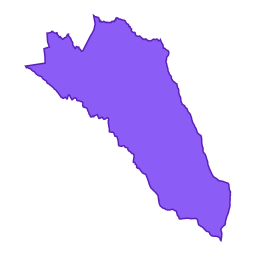 the district of Buhera, Manicaland, Zimbabwe
{"feature_id": "62879985B49874859197959", "entity_name": "Buhera", "entity_type": "district", "adm_level": 2, "iso_a3": "ZWE", "parent_name": "Zimbabwe", "parent_adm1": "Manicaland", "projection": "equal_earth", "projection_center": [31.813, -19.506], "detail": "fine", "context": "isolated", "style": "filled", "palette": "violet", "viewbox_px": 256, "rotation_deg": 0, "n_neighbors": 0, "source": "geoboundaries", "source_scale": "gbopen_adm2", "svg_char_len": 5688}
<svg xmlns="http://www.w3.org/2000/svg" viewBox="0 0 256 256"><path d="M221.0,240.6L221.6,236.8L221.8,233.7L221.7,232.5L221.0,230.5L221.0,228.9L221.5,228.0L223.2,226.2L224.8,225.0L225.4,223.7L225.3,222.2L226.0,219.3L226.3,218.6L226.8,216.4L227.2,215.7L228.5,212.1L228.5,212.3L228.9,210.0L229.7,207.3L230.0,204.9L229.9,202.0L230.2,199.0L230.0,197.5L230.1,196.5L230.4,195.4L230.4,194.1L230.2,193.1L230.5,192.4L230.5,191.8L229.5,190.1L229.0,187.1L228.9,184.8L228.4,183.6L227.8,183.1L225.1,182.3L223.0,181.4L218.4,180.6L218.1,179.8L217.4,179.5L216.7,178.7L214.2,177.2L213.2,176.3L211.9,174.1L209.6,169.0L209.2,168.3L208.6,166.3L208.1,165.3L207.8,163.8L207.7,161.8L206.7,159.1L206.4,157.7L205.8,156.3L205.7,155.5L204.6,153.6L203.6,152.6L203.1,151.8L203.0,148.1L202.2,145.7L201.8,143.6L201.6,138.2L201.0,135.7L198.1,133.6L197.3,132.5L196.8,131.1L196.4,129.6L195.7,127.9L195.0,127.1L194.3,125.2L192.8,122.7L191.6,118.8L191.5,117.6L190.7,115.7L190.6,115.0L190.1,114.0L188.2,111.8L187.7,110.9L187.2,109.0L186.5,108.2L185.4,107.6L184.6,105.7L182.2,104.3L181.9,103.2L181.3,102.2L180.9,100.7L180.6,97.4L179.1,94.5L178.7,91.7L178.8,90.8L178.5,89.5L178.4,88.7L178.0,88.5L177.6,87.8L176.8,83.9L175.7,83.3L174.4,82.0L173.5,81.7L172.7,80.4L171.7,79.3L171.1,76.2L169.3,74.2L169.2,73.2L168.1,71.1L167.9,69.1L167.6,67.7L167.1,66.5L166.6,63.6L166.1,62.6L165.8,61.8L166.3,60.5L166.6,58.7L166.5,57.9L166.7,57.2L168.4,55.2L168.7,53.6L168.8,52.5L168.9,52.3L168.0,50.6L166.9,50.2L165.8,49.4L164.7,48.2L163.4,48.3L162.9,44.7L161.5,42.5L160.4,39.7L160.2,40.1L158.6,40.9L158.4,40.8L157.6,39.3L157.1,39.1L156.1,39.2L155.5,39.7L154.5,39.3L153.3,39.2L151.2,40.7L150.7,40.8L149.7,40.9L148.0,40.7L145.9,38.9L145.6,38.9L145.1,39.6L144.0,39.0L143.6,39.0L143.0,39.4L142.6,38.7L139.7,36.0L139.0,36.4L138.7,36.4L136.8,36.0L136.1,35.6L135.5,34.7L135.1,32.8L134.9,32.5L132.8,32.2L131.8,31.5L131.3,30.7L131.6,29.1L130.4,28.0L130.0,26.6L129.6,26.3L128.9,26.5L128.7,26.1L128.5,24.6L127.8,24.0L126.7,23.7L125.0,20.7L124.1,20.2L121.9,19.9L120.4,19.1L119.0,19.1L117.9,18.1L116.9,17.7L116.2,18.4L115.8,18.4L115.8,19.8L115.1,20.0L114.4,20.5L114.6,21.3L114.4,21.5L113.2,21.5L112.6,21.3L111.8,21.4L110.8,22.7L110.3,22.4L109.2,22.6L108.1,22.3L106.9,22.6L106.6,22.2L106.3,22.2L106.1,22.6L105.9,22.6L105.6,22.1L104.6,22.0L103.8,21.3L102.2,22.1L101.6,22.1L101.2,21.9L100.9,21.2L100.3,21.7L99.5,21.5L99.4,21.3L99.9,20.6L99.8,19.8L99.2,19.5L98.9,18.0L98.1,17.4L97.8,17.2L96.6,17.2L95.9,16.7L94.6,16.8L94.1,15.7L93.6,15.4L95.2,24.0L93.9,29.8L92.2,33.2L90.6,35.7L83.0,50.4L82.5,51.0L81.6,51.3L81.2,51.0L80.4,49.4L79.5,49.2L79.1,48.6L79.0,47.5L78.8,47.1L78.4,47.0L77.8,47.2L77.3,47.1L76.8,46.6L76.3,46.5L76.1,46.9L76.0,47.7L75.5,48.5L75.1,48.5L73.7,46.3L73.0,45.5L72.7,44.3L72.8,43.1L72.5,42.2L71.6,40.8L70.6,38.3L68.6,35.9L68.5,35.0L68.5,34.1L67.6,34.4L67.5,35.0L67.0,35.3L66.6,36.5L65.8,37.4L64.4,37.8L63.4,39.1L62.5,39.3L61.9,38.4L61.2,38.1L60.9,37.4L60.6,37.1L60.3,36.6L59.9,36.6L59.9,37.3L59.4,37.3L58.1,35.2L57.4,34.8L57.2,34.4L57.2,33.2L56.9,32.7L56.3,32.9L56.0,33.2L55.2,33.2L53.9,32.6L52.5,31.4L52.0,31.3L51.7,31.5L51.5,32.2L51.1,32.4L50.3,32.4L49.3,32.9L47.0,33.1L47.6,41.9L49.4,47.0L44.0,48.7L45.0,57.1L45.0,59.7L45.2,63.1L25.5,66.1L26.0,66.8L26.3,67.7L26.8,67.8L28.1,67.5L29.0,68.5L30.5,68.6L31.3,69.7L32.7,70.9L34.5,71.8L36.0,73.8L37.5,75.0L38.7,75.7L40.7,76.3L41.7,76.8L42.7,78.5L43.4,79.2L46.4,81.1L47.0,82.6L47.5,83.4L48.7,83.8L50.0,85.0L51.0,85.5L51.4,86.1L53.6,87.9L54.4,89.2L55.5,89.6L57.4,92.1L58.4,93.1L58.6,93.6L60.4,96.1L60.8,96.9L61.1,97.2L61.8,97.3L62.6,98.2L63.3,98.3L65.7,97.2L66.1,97.9L66.7,98.8L67.0,99.0L67.2,98.9L67.4,98.7L67.6,97.3L68.3,95.5L68.6,95.0L68.9,94.9L69.7,95.5L70.3,97.0L71.9,99.7L72.3,99.7L74.6,97.8L75.0,97.8L75.5,98.0L76.6,98.7L76.7,99.1L76.7,99.7L76.8,100.3L77.1,100.6L78.0,100.8L79.0,100.7L79.6,100.9L80.5,101.5L82.1,101.8L82.9,102.8L82.7,105.3L83.1,106.7L83.9,107.2L84.3,107.3L84.7,107.1L85.1,107.5L86.7,108.0L87.4,109.1L87.5,110.0L88.7,112.5L89.2,114.3L89.8,114.9L90.4,116.4L90.8,117.0L91.2,117.0L92.6,116.3L92.9,116.4L93.1,116.8L93.7,116.8L93.9,116.5L94.1,115.8L94.3,115.6L95.4,115.5L96.8,114.7L97.2,114.7L97.4,114.9L97.9,115.9L98.3,117.3L98.7,118.1L99.1,118.5L100.9,117.9L102.1,117.1L102.5,117.3L103.1,118.6L103.8,119.2L105.0,119.1L107.1,117.9L108.1,118.0L108.5,118.8L108.6,119.6L108.6,120.2L108.2,120.9L108.4,121.8L108.3,123.8L108.9,125.1L108.7,126.2L109.3,128.2L109.3,131.1L109.5,131.9L112.9,132.3L114.0,133.3L114.8,136.0L115.2,136.3L116.6,136.3L116.9,136.5L118.1,140.5L118.4,143.0L118.5,145.0L119.1,145.9L121.9,146.4L122.3,145.9L122.7,145.8L123.6,145.7L124.3,145.9L124.6,146.1L125.1,147.3L126.9,147.7L127.8,148.2L127.9,149.6L128.6,150.8L129.7,151.2L132.1,153.6L133.3,153.9L133.7,154.2L134.1,156.5L133.4,160.8L133.3,162.2L133.6,162.4L134.4,162.3L134.9,162.6L135.2,163.0L135.2,163.9L135.3,164.4L136.4,164.8L136.6,165.1L136.7,165.5L136.6,167.1L136.7,167.5L137.6,168.2L138.8,168.5L139.3,168.9L139.3,168.7L142.4,172.8L143.9,173.7L145.6,174.3L146.2,175.1L146.5,176.4L147.2,177.6L149.5,184.8L150.8,187.8L156.0,192.9L157.3,194.6L157.8,195.0L158.1,195.9L158.6,200.0L158.8,199.9L158.9,201.7L159.5,204.3L160.1,205.6L160.7,206.3L163.2,208.3L163.9,208.3L166.1,209.5L167.8,210.0L168.9,210.0L170.1,209.9L172.1,209.3L173.7,209.7L174.6,210.6L175.7,210.8L176.1,211.1L176.4,211.4L177.3,215.0L177.8,215.9L178.5,216.3L178.9,217.4L179.0,218.3L179.4,218.9L181.7,218.9L182.1,218.7L187.3,218.2L191.4,218.7L195.5,218.5L196.5,218.7L197.2,219.4L197.5,220.0L198.4,224.2L198.8,224.9L201.2,226.5L202.8,227.3L204.0,228.8L206.5,231.3L208.6,231.8L209.3,232.5L210.2,234.5L211.5,235.7L213.3,236.2L215.2,236.2L217.2,236.5L219.1,237.3L219.9,238.3L220.6,240.3L221.0,240.6Z" fill="#8b5cf6" stroke="#5b21b6" stroke-width="1.5"/></svg>